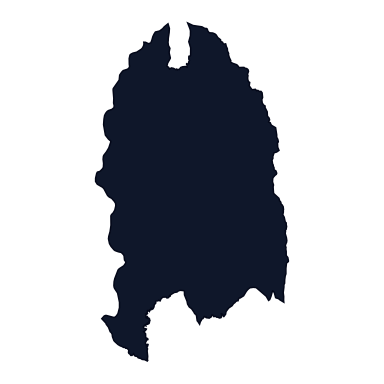 Ebéjico, Antioquia, Colombia
{"feature_id": "7082276B74110023604891", "entity_name": "Ebéjico", "entity_type": "district", "adm_level": 2, "iso_a3": "COL", "parent_name": "Colombia", "parent_adm1": "Antioquia", "projection": "equal_earth", "projection_center": [-75.78, 6.323], "detail": "fine", "context": "isolated", "style": "filled", "palette": "ink", "viewbox_px": 384, "rotation_deg": 0, "n_neighbors": 0, "source": "geoboundaries", "source_scale": "gbopen_adm2", "svg_char_len": 5995}
<svg xmlns="http://www.w3.org/2000/svg" viewBox="0 0 384 384"><path d="M143.8,42.2L144.0,43.8L143.7,45.5L142.6,47.8L141.5,49.1L136.7,52.2L133.0,53.1L131.0,54.1L130.0,55.0L129.2,58.5L129.3,64.3L129.6,66.4L129.2,67.7L127.6,69.2L123.2,70.6L121.6,72.3L119.7,75.1L119.2,80.1L113.3,88.5L113.1,89.8L113.8,98.5L113.6,103.0L114.2,105.5L114.0,107.6L111.9,109.4L108.4,110.6L107.1,111.5L105.7,113.3L104.6,115.5L104.0,119.0L103.6,124.7L105.4,135.1L108.5,139.1L110.7,141.0L110.8,141.9L108.8,147.9L106.5,151.8L103.8,155.3L103.4,156.3L103.1,159.3L103.6,163.3L103.4,167.2L102.7,168.6L100.4,171.0L99.4,171.6L97.4,172.1L96.7,173.4L95.6,178.2L95.6,181.5L97.3,184.2L102.5,187.2L103.9,188.6L107.6,195.5L109.2,197.0L111.7,198.3L114.4,201.4L115.6,203.4L115.8,205.8L114.8,210.1L113.2,212.9L111.5,214.6L110.9,215.9L111.0,225.3L110.1,231.6L108.8,236.3L108.5,238.8L109.5,243.6L111.1,246.4L114.0,249.8L115.1,250.6L118.4,251.8L121.2,252.4L122.3,253.4L123.7,255.0L124.1,256.0L124.5,260.0L125.9,262.0L125.5,263.3L123.8,265.8L119.3,268.7L118.1,270.0L114.8,278.6L114.1,281.7L113.9,285.5L114.1,287.1L114.6,288.4L117.6,293.0L119.5,302.3L119.5,307.7L118.0,313.6L116.4,316.0L114.8,317.3L113.6,317.4L106.5,315.5L105.4,315.5L104.2,316.0L101.8,318.7L105.9,323.1L106.3,324.3L108.5,327.2L110.2,331.7L111.3,332.6L112.2,334.3L112.5,336.8L113.9,340.5L114.5,341.3L118.0,344.5L120.5,346.0L121.3,346.1L123.5,347.4L125.0,347.4L125.6,348.2L126.8,348.3L127.4,348.6L128.8,350.1L128.5,352.5L128.9,353.4L130.1,354.3L130.8,355.4L132.0,355.4L133.6,353.7L134.0,354.8L135.0,356.0L137.3,356.5L138.2,357.8L141.1,358.6L142.1,359.4L144.7,359.7L147.3,361.0L147.8,360.2L147.1,358.9L147.7,358.0L147.5,357.4L147.7,356.4L147.1,350.8L147.5,349.0L147.4,348.2L146.5,347.0L147.5,346.4L148.1,344.6L147.8,344.3L146.4,345.1L146.0,344.9L145.4,342.4L146.3,341.0L146.5,339.8L147.7,339.8L147.9,339.6L147.9,339.0L146.8,338.1L145.7,337.8L145.6,333.8L143.7,331.6L144.8,331.1L146.3,329.4L146.4,329.0L143.9,328.3L143.5,327.6L143.4,326.7L143.7,326.1L144.8,325.9L145.0,325.1L145.8,325.6L145.6,324.8L145.9,324.4L147.3,324.3L147.1,323.4L147.3,323.1L148.2,323.9L148.8,323.7L149.2,323.2L149.5,321.9L148.9,321.7L148.9,321.3L149.9,320.6L149.6,319.9L149.6,319.1L148.8,318.1L147.9,318.3L147.8,317.4L147.4,316.7L147.1,317.0L147.1,318.1L146.2,317.8L146.0,317.3L146.1,316.3L145.7,315.6L146.3,314.5L145.8,313.9L146.3,313.6L147.2,313.9L147.5,313.6L147.0,312.3L147.5,311.5L147.5,310.5L148.1,310.4L149.4,311.5L149.6,311.0L149.2,310.4L149.7,310.2L149.8,309.7L150.7,309.9L151.1,308.2L151.4,308.3L152.1,309.3L153.0,308.8L154.0,306.9L154.2,304.9L155.8,303.0L155.7,301.7L155.9,301.2L156.7,300.8L157.8,300.9L158.6,300.3L160.1,300.9L161.0,298.9L162.7,297.2L166.0,297.0L167.0,298.0L168.5,297.6L169.4,295.9L169.7,296.4L170.2,296.1L170.4,295.2L170.8,294.6L174.3,292.5L177.0,292.0L178.5,290.8L180.4,290.3L184.1,290.7L184.4,291.5L184.5,294.9L187.0,301.1L187.6,304.1L189.3,307.0L191.6,308.7L194.0,312.2L194.7,313.7L195.3,313.8L196.0,314.7L196.5,315.7L197.2,320.8L197.8,321.4L199.6,324.2L200.4,321.4L201.1,320.7L201.8,319.0L202.9,318.6L204.3,316.5L205.3,317.1L205.9,316.9L206.3,317.7L209.3,318.1L211.4,316.7L211.8,315.2L212.2,314.8L213.1,315.4L213.8,316.6L215.5,316.3L216.7,317.2L217.7,317.2L219.5,318.0L220.9,317.7L221.3,317.1L221.8,315.2L221.1,313.9L221.6,313.7L222.9,314.4L223.5,316.5L223.9,316.5L225.6,314.2L226.0,311.6L228.7,308.0L232.1,305.7L233.5,303.6L234.8,302.7L235.9,301.4L237.0,300.8L238.0,300.8L238.6,298.9L239.2,298.0L240.1,298.0L243.6,295.8L246.3,291.3L247.8,289.5L249.8,287.8L253.3,287.3L256.2,287.6L266.3,296.3L268.6,300.4L269.7,299.6L271.0,296.3L272.3,291.5L272.7,290.9L273.1,291.1L274.3,292.6L275.6,297.5L276.0,297.9L278.5,298.6L280.0,299.9L283.8,302.2L283.6,300.2L283.7,296.5L283.2,292.6L283.9,287.1L283.9,284.7L284.6,283.3L284.7,279.7L285.2,275.9L285.9,273.9L285.9,268.4L286.4,263.8L286.7,262.8L288.3,261.6L288.4,260.7L287.8,257.5L286.2,255.5L286.2,251.6L285.8,249.0L286.0,247.2L285.3,246.0L285.9,243.7L286.5,242.5L286.8,240.6L286.4,237.7L285.2,233.5L285.5,231.4L285.1,230.7L286.1,229.4L286.6,226.5L286.2,224.6L286.2,222.9L285.2,221.9L284.2,217.2L282.8,214.8L283.4,211.8L283.2,211.1L283.5,209.6L283.2,206.8L282.2,205.0L281.1,204.0L280.9,202.7L280.5,201.7L279.6,200.8L278.9,198.3L273.8,193.6L273.5,192.7L273.1,186.9L273.5,185.0L272.5,181.9L272.7,178.6L273.1,177.5L274.9,175.4L276.3,174.3L276.7,173.2L275.9,170.9L274.1,169.8L274.0,167.6L273.3,166.3L273.2,165.0L272.6,164.0L272.0,160.2L272.9,158.3L272.8,156.6L274.0,152.8L276.7,152.0L279.0,150.4L277.7,147.2L277.5,142.3L278.2,142.1L278.3,141.7L277.8,139.3L276.7,137.2L276.7,134.8L275.6,127.7L271.8,125.5L270.9,124.5L270.3,122.8L268.6,121.8L268.9,120.8L269.5,120.1L269.5,119.4L268.8,117.6L268.0,116.9L267.4,115.8L267.2,111.8L265.0,107.5L265.1,106.0L263.4,104.9L262.2,102.8L261.8,99.6L262.6,97.5L262.1,92.8L261.0,91.4L259.2,91.4L257.9,90.4L256.6,90.7L255.4,89.3L252.3,89.7L251.6,89.2L249.2,85.8L249.7,82.4L248.4,81.6L247.7,79.1L247.7,77.2L248.0,75.7L247.5,74.3L248.5,71.3L248.0,69.6L246.8,68.6L244.7,68.1L244.0,67.4L239.0,67.5L237.7,65.6L236.7,64.7L232.7,63.3L230.8,62.2L230.6,61.6L230.8,60.6L229.3,57.5L228.5,54.8L228.6,53.4L227.5,51.0L227.3,48.5L226.3,46.5L225.7,43.9L225.1,43.8L224.1,44.3L223.4,44.0L222.5,42.2L220.8,41.5L220.5,39.7L217.8,37.6L216.1,34.9L214.9,33.9L212.7,33.0L209.3,32.8L207.9,31.1L207.2,29.0L206.5,28.5L204.8,28.4L201.9,26.8L193.0,25.5L187.7,23.0L190.0,28.9L190.5,30.9L190.4,35.8L188.8,41.7L190.7,47.9L190.6,55.2L190.0,56.2L189.1,56.1L188.8,56.7L188.8,59.2L189.5,60.3L188.6,62.2L188.9,63.6L187.6,64.1L186.9,63.6L186.6,63.8L186.6,64.5L187.3,65.8L187.0,67.1L185.6,66.5L182.5,66.8L180.7,67.5L179.3,69.5L177.7,69.4L177.2,69.9L176.6,69.1L175.7,69.6L173.6,68.4L171.4,67.9L169.5,69.0L168.6,67.3L166.9,66.2L167.6,63.1L170.2,58.5L170.3,57.8L169.2,53.1L169.2,51.7L169.9,48.3L168.4,45.5L168.0,42.1L168.2,40.7L168.3,38.1L169.1,32.8L169.4,28.5L168.0,23.8L164.3,26.8L162.7,28.7L159.6,31.0L155.4,32.0L154.1,34.0L152.9,36.5L151.8,40.4L150.8,42.9L148.5,43.7L145.6,42.3L143.8,42.2Z" fill="#0f172a" stroke="#020617" stroke-width="1.5"/></svg>